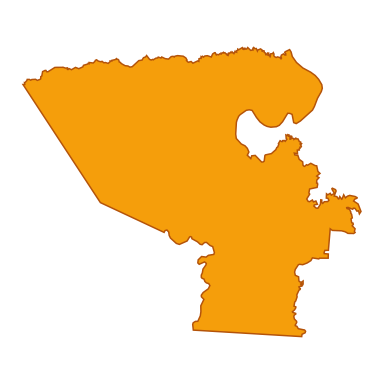 the district of Jesús Carranza, Veracruz, Mexico
{"feature_id": "50627088B88561076881356", "entity_name": "Jesús Carranza", "entity_type": "district", "adm_level": 2, "iso_a3": "MEX", "parent_name": "Mexico", "parent_adm1": "Veracruz", "projection": "natural_earth1", "projection_center": [-94.861, 17.388], "detail": "fine", "context": "isolated", "style": "filled", "palette": "amber", "viewbox_px": 384, "rotation_deg": 0, "n_neighbors": 0, "source": "geoboundaries", "source_scale": "gbopen_adm2", "svg_char_len": 5880}
<svg xmlns="http://www.w3.org/2000/svg" viewBox="0 0 384 384"><path d="M301.7,336.6L302.0,334.3L305.1,332.8L305.6,331.3L304.6,330.0L298.3,328.7L296.9,326.3L295.3,325.7L295.2,325.1L296.7,322.5L296.6,321.3L294.4,319.0L293.8,316.7L294.2,315.2L295.8,314.0L295.7,313.4L292.8,312.4L292.4,311.8L294.6,309.8L295.8,307.8L295.8,306.8L294.0,306.2L294.7,302.1L295.7,301.0L297.1,296.9L296.8,294.9L299.0,290.1L300.1,289.5L300.3,288.6L299.3,288.0L299.0,286.8L301.7,286.1L300.6,284.1L301.3,283.3L302.7,284.9L303.1,284.1L303.1,281.0L301.3,282.3L299.6,281.7L298.9,280.9L298.6,276.8L295.3,275.3L294.6,272.1L295.3,269.4L298.4,264.7L299.6,264.3L302.7,264.7L307.1,263.0L310.9,260.6L312.4,257.9L318.8,258.9L319.6,258.2L328.2,258.2L328.3,254.0L324.2,253.6L324.1,252.6L324.8,250.4L328.4,250.3L330.2,228.8L332.3,230.4L341.6,230.8L345.2,231.8L348.0,233.4L353.7,233.5L355.1,232.5L354.4,231.4L355.1,228.8L352.2,225.8L353.3,224.3L353.0,223.1L351.7,222.7L351.0,218.9L352.3,217.9L351.6,214.2L350.7,213.1L350.9,212.1L349.5,209.4L346.9,208.5L346.7,207.6L348.1,207.4L352.7,209.3L353.3,208.2L354.9,208.3L357.0,211.2L358.5,210.8L359.4,213.9L361.0,211.5L358.1,204.0L353.6,201.0L354.7,199.2L357.0,198.2L357.1,197.6L355.1,196.5L349.7,195.4L347.4,196.2L345.4,197.8L343.7,194.8L342.1,198.9L341.7,199.2L339.8,196.6L339.0,198.8L338.4,198.9L336.9,196.7L334.2,196.0L336.1,191.0L335.5,189.6L332.4,188.2L331.9,188.6L332.1,189.5L334.4,193.4L331.3,195.1L330.2,193.3L327.8,194.8L326.5,193.8L326.3,198.1L327.9,198.3L328.9,200.3L327.7,201.6L324.3,201.7L322.7,203.4L321.8,202.6L321.8,200.0L320.8,199.8L320.4,204.3L317.9,208.2L316.2,208.1L313.9,206.1L314.3,204.9L317.4,204.3L315.9,201.0L313.4,201.9L312.4,200.0L309.5,201.7L308.2,201.4L306.7,199.0L309.7,194.1L308.9,192.9L309.6,189.0L317.1,187.4L317.7,184.4L317.5,183.2L316.6,183.1L316.8,180.1L319.0,177.7L316.7,176.1L320.0,173.4L317.9,171.4L316.7,165.8L315.1,165.6L310.8,163.3L307.6,165.2L306.5,164.7L304.6,166.4L303.8,166.1L303.0,165.2L302.7,161.9L299.2,159.3L297.9,155.4L294.8,154.9L294.3,153.1L297.5,153.6L297.3,150.1L299.2,150.0L299.0,149.2L300.0,148.4L299.8,147.3L301.1,147.0L301.4,146.3L300.3,144.4L301.0,144.5L301.6,143.6L300.6,143.2L300.7,142.1L299.4,141.6L298.0,138.9L295.8,138.8L295.7,138.2L293.9,139.5L293.6,138.5L292.0,138.2L291.8,136.4L290.9,136.0L290.3,137.5L290.9,137.8L290.7,139.2L289.9,139.1L290.1,136.5L288.9,136.3L289.2,135.1L287.8,134.6L287.5,135.6L285.9,134.9L286.2,138.5L286.9,139.2L285.2,141.3L284.4,140.5L282.7,140.6L282.6,141.5L281.8,141.6L280.1,140.7L278.4,143.6L278.8,144.1L277.7,147.0L276.8,147.5L275.8,149.7L271.4,153.6L265.4,154.9L264.9,155.5L264.2,161.1L263.0,162.0L261.6,162.0L255.2,155.4L251.7,155.8L250.8,158.6L247.3,155.2L248.9,152.0L247.3,148.3L245.0,145.8L241.3,144.0L236.3,138.5L235.7,134.1L236.4,122.3L237.0,120.1L238.6,116.4L240.1,114.7L246.3,110.3L249.3,109.8L252.1,110.4L256.5,117.5L260.0,121.9L264.1,125.0L267.1,126.4L270.8,127.2L276.4,126.7L279.3,125.3L282.6,121.7L287.7,113.3L289.9,113.4L292.1,114.4L293.7,122.6L296.2,123.6L300.4,121.0L312.5,110.1L314.4,106.5L317.5,98.3L321.3,91.6L322.3,88.3L321.8,84.7L318.7,79.4L315.3,75.6L310.7,72.2L302.9,68.0L296.5,62.5L292.3,56.5L291.1,52.0L289.6,49.6L285.1,51.8L284.7,52.6L285.7,53.6L285.8,55.0L285.0,55.1L283.5,53.9L281.4,55.1L280.9,56.5L281.5,58.1L281.0,58.8L279.8,57.5L277.5,56.9L276.1,57.5L274.5,56.6L273.8,55.6L274.0,54.1L273.3,52.6L272.5,53.6L270.7,53.8L270.1,54.6L270.5,55.9L270.1,56.7L269.6,55.8L268.0,55.1L268.5,54.9L268.7,53.1L267.5,53.0L266.6,54.6L265.8,54.7L265.4,53.0L264.3,52.4L264.1,50.9L263.0,50.7L261.8,51.6L262.4,50.3L260.6,48.9L257.8,50.0L257.4,51.0L256.3,48.5L254.9,48.7L253.7,47.4L253.2,47.8L253.0,49.6L252.6,49.2L252.2,50.1L250.7,50.4L247.7,47.5L246.7,49.0L245.1,49.1L245.1,48.3L244.0,48.2L243.7,49.4L242.9,49.2L242.3,47.6L238.7,49.7L237.8,49.1L237.7,50.1L236.5,50.8L236.6,52.2L235.5,51.7L234.9,52.3L234.8,51.8L233.9,53.6L232.1,51.9L231.8,52.7L230.7,52.1L229.7,53.3L228.9,53.0L228.1,55.5L227.3,55.2L227.0,54.0L226.6,54.4L224.9,52.7L223.9,53.0L223.5,52.3L221.7,53.4L221.2,53.1L221.1,54.0L219.8,53.8L218.5,54.8L217.0,54.4L216.3,54.9L215.2,52.7L214.5,52.7L212.6,54.0L211.3,57.0L207.4,55.7L204.8,56.0L203.5,57.1L202.4,56.2L201.8,56.5L201.3,57.8L201.0,57.3L200.9,58.2L199.0,58.7L198.8,61.4L197.7,60.9L192.9,63.2L191.1,61.5L188.3,62.3L186.5,60.6L187.0,60.0L185.8,57.9L183.2,56.2L177.6,55.6L174.9,56.2L174.2,57.0L173.1,56.3L171.2,56.6L168.5,59.1L165.1,58.6L161.7,57.0L161.0,58.0L158.2,57.1L157.8,57.9L155.8,58.2L153.3,59.8L152.8,59.4L151.2,60.0L149.6,59.4L146.6,55.5L145.6,56.9L143.5,57.7L142.0,60.1L138.8,60.6L132.2,66.7L129.9,67.1L128.0,66.0L125.1,65.7L120.9,63.3L120.6,62.5L119.3,62.0L118.7,60.0L117.7,59.2L116.6,59.3L116.4,58.7L115.2,59.6L111.7,60.4L111.8,61.0L110.2,61.0L110.4,61.4L108.2,63.4L105.3,62.5L103.9,62.8L102.0,61.3L101.1,61.8L98.3,61.1L96.6,59.8L95.4,60.3L94.8,61.5L93.2,63.0L89.1,62.5L89.1,63.7L88.1,63.4L87.8,64.0L83.5,65.3L82.8,66.9L78.8,68.7L75.5,67.4L71.5,69.7L68.9,68.5L68.1,69.5L67.4,69.4L67.3,67.9L65.4,68.1L63.2,67.3L54.9,67.4L47.9,71.8L46.6,71.7L45.9,70.4L45.1,70.4L42.6,71.6L41.8,76.0L40.8,76.6L40.7,78.8L40.2,79.3L37.3,80.4L35.6,79.3L31.9,79.5L30.6,80.2L29.4,79.4L27.2,79.4L26.9,80.5L24.9,82.7L24.5,82.6L24.8,84.4L23.0,84.5L100.4,202.6L164.1,232.4L165.0,230.6L166.9,230.0L168.7,232.0L169.2,235.5L170.5,238.1L176.3,243.4L179.4,244.4L187.1,241.0L189.6,236.9L190.7,236.6L191.6,237.2L191.9,238.7L197.5,241.8L200.2,244.3L202.1,244.7L204.6,242.5L206.5,242.4L210.1,245.5L212.7,246.6L214.4,252.6L213.8,254.4L208.4,255.3L206.1,257.1L201.6,256.5L198.2,259.8L197.8,262.9L199.2,264.3L204.6,261.9L206.3,263.4L206.0,264.8L203.0,269.1L202.3,273.0L201.3,275.1L201.3,277.3L202.1,278.3L204.0,279.1L204.9,281.5L206.4,282.9L208.7,283.6L209.9,285.6L208.3,288.8L203.2,292.5L201.3,295.2L201.4,296.8L203.9,299.4L200.8,305.8L200.9,311.7L200.3,315.9L197.8,321.3L195.4,321.4L193.2,322.8L192.7,324.4L193.3,330.1L301.7,336.6Z" fill="#f59e0b" stroke="#b45309" stroke-width="1.5"/></svg>